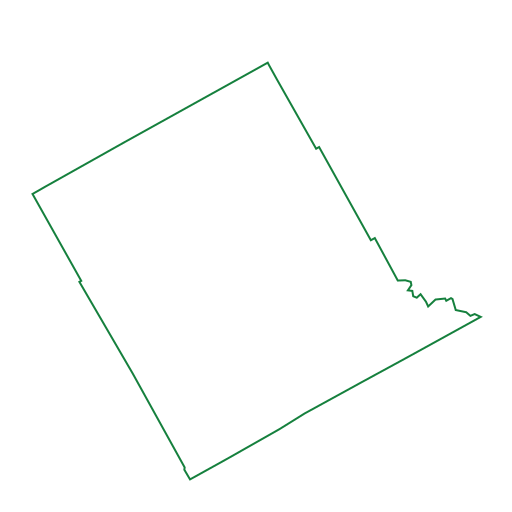 Johnson, Wyoming, United States of America (Robinson projection), rotated 151°
{"feature_id": "52423323B17781084985346", "entity_name": "Johnson", "entity_type": "district", "adm_level": 2, "iso_a3": "USA", "parent_name": "United States of America", "parent_adm1": "Wyoming", "projection": "robinson", "projection_center": [-106.875, 44.028], "detail": "fine", "context": "isolated", "style": "outline", "palette": "green", "viewbox_px": 512, "rotation_deg": 151, "n_neighbors": 0, "source": "geoboundaries", "source_scale": "gbopen_adm2", "svg_char_len": 669}
<svg xmlns="http://www.w3.org/2000/svg" viewBox="0 0 512 512"><g transform="rotate(151 256 256)"><path d="M406.4,418.8L421.4,418.6L420.9,319.0L423.0,319.0L420.8,212.8L420.9,105.7L422.3,103.8L422.0,92.6L380.4,92.6L319.3,93.2L289.7,94.7L224.9,94.4L171.4,94.0L89.0,93.8L92.9,99.2L97.5,99.7L99.4,104.9L107.5,111.9L105.0,123.1L105.9,124.6L111.3,124.6L111.2,127.1L120.1,130.9L129.9,128.4L129.5,133.6L130.6,142.8L135.6,141.6L138.0,144.6L136.2,149.7L139.8,152.3L134.2,155.2L133.2,158.4L137.2,162.4L143.9,165.8L143.4,214.1L147.9,214.1L148.0,320.7L151.4,320.7L152.1,400.2L152.1,417.0L152.0,419.4L315.6,419.3L406.4,418.8Z" fill="none" stroke="#15803d" stroke-width="2"/></g></svg>